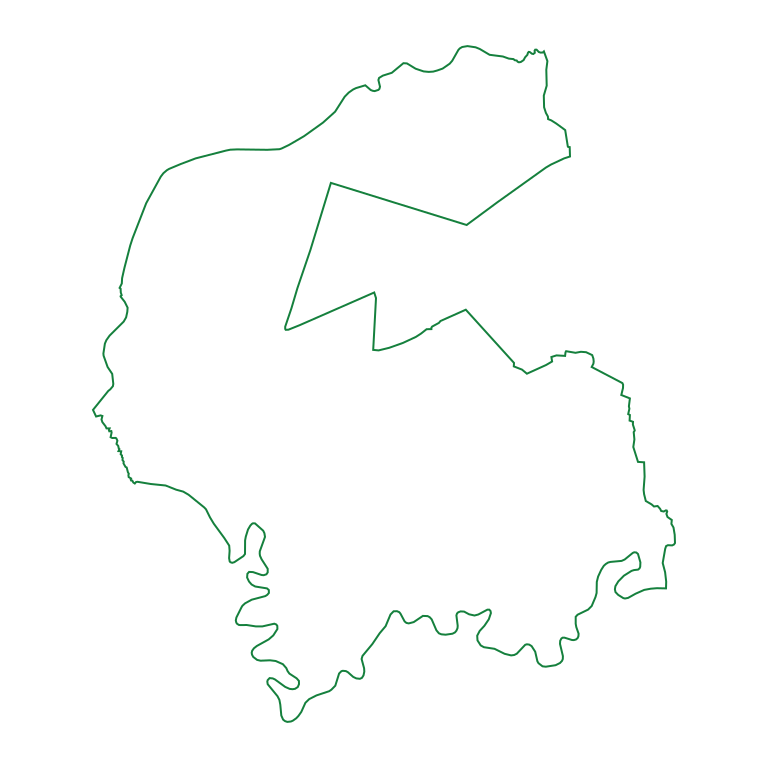 the district of Khong Chai, Kalasin, Thailand
{"feature_id": "78962969B1811381389630", "entity_name": "Khong Chai", "entity_type": "district", "adm_level": 2, "iso_a3": "THA", "parent_name": "Thailand", "parent_adm1": "Kalasin", "projection": "orthographic", "projection_center": [103.475, 16.263], "detail": "fine", "context": "isolated", "style": "outline", "palette": "green", "viewbox_px": 768, "rotation_deg": 0, "n_neighbors": 0, "source": "geoboundaries", "source_scale": "gbopen_adm2", "svg_char_len": 6065}
<svg xmlns="http://www.w3.org/2000/svg" viewBox="0 0 768 768"><path d="M666.0,588.4L666.2,581.7L665.1,572.2L662.7,563.0L665.2,548.8L666.1,546.1L667.9,545.2L672.2,545.4L674.0,544.5L675.0,543.0L674.7,534.8L673.5,527.5L671.4,523.9L671.8,520.0L667.5,517.0L666.4,513.9L667.2,511.5L666.7,510.5L665.8,510.4L663.8,511.5L661.2,511.0L660.1,508.8L657.6,506.0L654.0,506.5L651.6,504.4L645.8,501.0L644.1,494.2L643.6,489.9L644.6,476.6L644.1,462.3L638.0,461.9L633.3,447.0L634.4,439.4L633.7,432.1L634.7,430.6L634.6,429.9L632.9,424.6L633.0,421.8L629.6,420.6L629.9,415.0L628.2,414.1L629.4,408.7L628.9,406.3L629.9,398.4L621.3,395.0L623.0,388.0L623.1,384.7L622.4,383.1L591.7,367.0L593.4,363.7L593.7,361.5L593.4,358.6L592.2,355.1L586.1,352.2L580.9,351.8L575.5,352.8L566.1,351.2L565.5,352.3L565.1,355.9L556.5,355.4L551.4,357.0L552.1,361.5L546.1,365.0L526.9,373.7L522.0,369.6L513.8,366.4L514.0,362.9L465.8,309.7L440.5,321.0L438.9,322.9L432.1,326.6L431.4,327.7L431.4,329.1L426.6,329.2L421.0,333.6L415.9,336.9L403.0,342.9L389.2,347.8L378.6,350.4L373.2,349.9L376.0,298.1L374.2,292.5L299.6,325.2L288.4,329.7L285.7,329.8L285.2,328.9L285.2,326.7L291.4,308.4L297.4,288.2L310.4,250.0L330.9,182.9L466.6,225.0L497.6,202.1L546.0,167.5L551.1,164.5L564.1,158.4L570.0,156.5L569.7,147.1L568.1,146.9L567.8,146.4L565.2,130.1L556.2,123.5L551.3,120.4L548.1,119.1L547.9,116.5L545.9,112.9L544.1,107.3L543.8,95.6L546.7,85.7L546.3,69.8L547.4,61.1L543.9,51.4L542.8,52.5L540.6,52.6L538.8,52.0L536.6,49.7L535.2,49.7L534.6,50.6L534.8,52.8L533.3,54.0L531.9,53.7L529.7,52.0L528.7,51.9L527.9,52.9L527.4,54.8L525.1,57.3L523.6,60.1L520.8,62.0L518.9,62.3L517.6,61.7L516.7,60.5L514.7,60.2L513.5,59.1L508.8,58.6L502.9,56.5L489.6,54.8L479.8,49.0L475.6,47.3L467.5,46.1L462.2,47.0L459.8,48.4L458.4,49.9L452.2,60.8L449.7,63.7L442.6,68.6L437.2,70.5L433.2,71.6L428.7,71.9L423.6,71.4L415.6,68.7L406.9,63.4L403.4,63.2L391.8,72.8L382.9,75.6L379.1,77.9L378.4,80.0L380.0,86.7L379.4,88.9L378.4,89.9L374.7,91.1L372.7,90.8L370.7,90.0L365.3,85.3L356.0,88.1L353.1,89.5L348.7,92.6L344.7,96.7L335.1,111.7L323.0,122.6L304.0,136.2L288.9,145.0L281.6,148.5L279.5,149.2L267.3,149.8L237.1,149.4L230.3,149.7L225.9,150.6L195.6,158.4L180.8,164.0L169.1,168.9L166.9,170.2L163.4,173.2L160.8,176.6L146.2,203.2L132.6,238.2L130.2,245.6L124.4,268.0L122.1,278.2L121.8,283.5L119.6,287.9L120.6,288.7L120.8,292.6L121.7,295.2L120.6,296.2L120.6,296.6L124.7,301.8L127.6,307.7L127.3,311.9L126.1,317.4L123.7,321.6L109.6,335.6L106.4,340.1L104.9,343.6L103.4,353.5L103.6,355.7L107.6,367.0L112.2,373.9L113.3,383.9L112.9,386.2L110.3,389.3L108.3,390.9L93.0,409.9L96.1,416.5L100.6,415.4L102.4,416.0L101.5,419.5L102.4,422.2L105.5,426.2L106.5,428.4L109.6,428.4L108.9,430.1L109.3,431.3L111.3,431.1L111.6,432.6L110.6,437.2L112.2,438.0L115.7,437.9L116.4,438.5L117.4,440.7L116.5,443.9L118.2,445.9L118.8,448.6L119.4,449.1L118.5,451.1L121.2,451.3L120.7,454.3L122.0,455.5L121.9,457.0L122.7,457.9L122.5,460.1L123.7,461.6L123.5,463.4L125.5,466.9L126.7,467.5L127.9,472.2L128.8,473.8L128.4,475.1L128.7,477.1L131.1,478.5L130.7,479.5L131.1,480.5L132.3,480.6L133.3,482.5L134.8,483.5L136.1,482.0L137.5,481.8L150.8,484.0L165.6,485.5L176.2,489.7L183.2,491.6L188.5,494.7L204.2,507.4L206.0,509.3L210.0,517.4L213.8,523.7L224.2,537.9L229.2,545.6L229.6,550.8L229.1,558.1L229.7,561.4L230.4,562.2L232.2,562.8L234.3,562.2L243.4,556.1L245.0,554.0L245.1,540.4L245.8,536.6L248.0,529.5L250.3,525.6L252.0,523.8L253.0,523.3L255.0,523.4L263.2,530.7L264.4,533.2L265.0,536.9L259.8,551.3L259.7,553.7L260.0,555.8L261.6,559.3L267.7,568.8L267.7,572.4L266.4,574.3L263.7,575.2L261.6,575.0L253.0,572.1L249.1,571.9L247.4,573.8L247.1,577.5L249.0,581.5L251.6,584.5L255.2,586.5L267.0,588.4L268.8,590.0L268.9,592.9L267.3,594.8L265.3,596.1L251.7,599.7L245.1,603.3L242.4,605.8L241.5,607.3L236.4,617.5L235.8,620.4L236.3,622.6L237.0,623.7L238.8,624.9L240.4,625.1L246.7,625.0L255.8,626.4L262.4,626.4L274.3,623.7L276.3,624.5L277.3,625.9L277.4,629.0L273.3,635.4L268.7,639.4L256.8,646.0L253.9,648.3L252.2,650.7L251.7,652.7L252.0,654.6L253.2,656.9L257.1,659.9L260.5,660.7L270.0,660.3L275.7,661.0L282.9,664.2L286.3,668.1L287.6,671.1L289.4,673.6L296.6,678.3L298.9,680.9L299.0,684.1L297.8,687.0L295.1,688.8L292.6,689.2L289.7,688.9L285.2,686.9L274.9,679.4L272.7,678.4L269.6,678.1L267.7,680.1L267.3,681.6L267.7,684.2L277.5,696.2L279.4,699.9L280.3,704.7L281.3,715.5L283.1,719.6L285.0,721.1L287.3,721.9L290.9,721.5L292.8,720.7L296.2,718.3L298.3,716.1L301.3,711.9L305.4,702.8L309.2,699.1L316.5,695.4L329.2,691.2L331.4,689.7L335.3,685.7L339.1,673.5L341.4,671.2L342.8,670.8L345.9,671.1L347.9,672.2L353.2,676.9L356.3,678.4L359.9,678.8L361.9,677.9L363.5,675.4L364.3,671.6L364.1,668.3L361.6,659.0L362.5,655.9L372.3,644.1L379.7,633.2L385.6,626.2L390.5,614.5L393.6,611.3L397.0,611.2L399.3,612.2L400.5,613.7L404.6,621.4L406.4,622.9L408.7,623.4L413.7,622.1L422.9,615.9L427.6,616.1L429.7,617.2L431.7,619.4L436.4,630.3L438.9,633.3L441.3,634.3L445.6,634.7L452.5,633.7L455.0,632.4L456.4,630.7L457.5,628.2L457.7,625.8L456.4,615.4L457.0,613.5L458.2,612.3L460.6,611.4L464.1,611.6L469.1,614.3L474.5,615.5L478.3,614.5L487.3,609.7L489.3,609.7L490.5,611.0L490.9,613.1L488.8,619.3L484.4,625.8L479.7,630.9L477.2,635.7L477.5,640.4L480.7,645.4L483.9,647.2L494.5,648.8L504.6,653.8L511.1,655.4L514.2,655.0L516.8,653.7L525.2,644.8L526.9,644.3L529.2,644.6L531.6,646.1L535.2,651.7L537.4,661.3L538.5,663.2L542.5,666.3L545.8,666.7L555.6,665.2L560.0,663.0L562.0,660.9L562.8,659.0L562.9,656.1L560.0,643.9L560.2,640.8L561.4,638.5L562.6,637.7L564.6,637.7L572.0,640.0L573.8,640.1L576.0,639.5L577.6,638.1L578.4,636.3L578.6,633.7L576.3,627.1L575.7,623.8L575.7,616.8L577.6,614.7L588.1,609.6L591.7,606.0L595.5,597.0L596.6,593.0L596.8,581.9L598.1,576.6L601.2,569.9L603.8,565.8L605.8,564.0L608.2,562.5L610.6,561.9L621.6,560.9L624.7,559.5L632.8,552.9L634.2,552.3L636.3,552.5L638.0,554.0L640.4,562.4L640.2,566.8L639.5,568.4L638.1,569.6L633.9,570.1L631.5,570.9L623.9,575.7L618.3,581.4L615.4,586.2L614.9,589.3L615.5,592.1L618.2,594.9L623.3,598.1L625.0,598.5L628.1,597.9L635.6,593.7L644.2,589.9L650.8,588.7L656.9,588.2L666.0,588.4Z" fill="none" stroke="#15803d" stroke-width="2"/></svg>